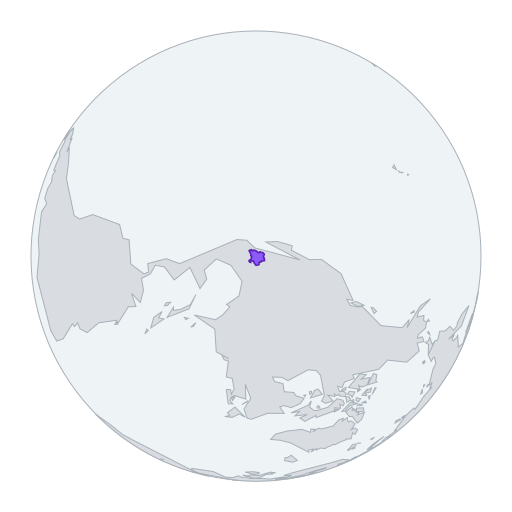 globe centered on Durango, rotated 143°
{"feature_id": "MEX-2710", "entity_name": "Durango", "entity_type": "State", "adm_level": 1, "iso_a3": "MEX", "parent_name": "Mexico", "parent_adm1": "", "projection": "orthographic", "projection_center": [-104.93, 24.579], "detail": "fine", "context": "on_globe", "style": "filled", "palette": "violet", "viewbox_px": 512, "rotation_deg": 143, "n_neighbors": 0, "source": "natural_earth", "source_scale": "10m", "svg_char_len": 11949}
<svg xmlns="http://www.w3.org/2000/svg" viewBox="0 0 512 512"><g transform="rotate(143 256 256)"><circle cx="256" cy="256" r="225" fill="#eef3f6" stroke="#a8b0b8"/><path d="M46.8,335.9L47.4,337.5L46.8,335.9ZM356.3,309.2L351.4,307.8L347.1,315.1L329.2,307.8L321.7,295.9L261.3,280.6L253.9,274.2L252.0,263.1L223.3,226.5L239.7,261.2L230.2,254.7L220.9,242.4L224.3,239.3L215.6,221.0L205.8,213.9L198.7,190.8L205.2,162.1L209.5,166.7L210.5,159.9L205.3,154.0L201.5,151.8L198.1,125.2L182.4,110.8L171.8,113.0L178.5,107.8L154.7,117.3L142.6,116.8L159.8,113.5L164.2,110.3L157.7,107.5L160.9,103.7L159.6,100.5L163.9,96.4L173.6,95.5L176.6,93.1L171.8,91.4L173.2,86.7L179.7,89.5L182.8,81.9L199.5,80.5L213.5,93.6L226.3,91.7L250.0,102.8L251.4,99.2L261.2,102.1L266.4,99.2L269.3,102.8L270.9,97.5L267.3,94.9L266.8,91.9L269.5,90.2L273.7,94.1L272.9,95.6L275.6,95.9L276.5,98.7L277.6,96.4L282.4,101.8L281.7,94.0L289.0,96.4L291.0,100.7L285.4,103.3L276.3,121.8L276.7,128.1L282.8,133.7L305.6,137.3L308.2,143.4L315.7,149.5L316.7,144.4L311.3,137.9L315.1,130.6L307.9,124.2L308.4,120.6L303.2,113.4L309.8,111.5L319.1,113.7L323.7,119.7L327.9,121.1L328.2,113.3L341.4,123.4L357.9,128.4L360.7,131.8L357.7,141.0L345.8,145.4L341.8,159.9L350.3,147.8L357.1,157.4L360.7,158.1L363.8,156.3L363.5,151.8L367.1,154.8L360.0,167.2L356.7,164.6L358.9,160.5L353.4,163.0L348.7,172.6L352.5,177.3L341.3,188.7L343.9,192.4L342.9,197.4L339.6,190.5L345.4,203.4L332.9,222.4L340.7,245.9L326.7,229.5L317.8,229.0L307.5,231.2L308.6,235.0L293.6,234.3L282.3,244.3L281.6,263.7L289.5,277.5L305.8,275.9L309.2,267.2L320.3,263.7L315.7,286.6L335.7,286.1L335.7,302.3L341.9,309.3L351.1,305.3L360.9,307.0L366.6,296.2L376.4,288.5L377.9,301.1L382.3,287.9L388.5,292.3L407.1,285.2L406.0,288.6L421.9,297.3L436.9,296.4L440.4,303.6L438.8,310.0L443.4,308.8L443.5,312.3L459.8,305.9L466.3,307.9L464.8,320.0L456.9,339.0L443.8,370.7L427.9,388.2L419.9,400.2L400.7,420.3L391.6,423.8L390.2,429.0L381.8,435.2L374.8,438.2L370.1,442.9L364.8,444.8L365.9,446.3L352.3,454.2L350.5,457.2L339.4,462.7L338.4,464.0L336.0,464.8L332.2,466.2L330.2,467.3L324.9,467.7L328.9,463.8L334.8,460.6L331.6,461.1L344.7,452.7L339.6,455.1L349.4,443.5L360.9,431.8L376.9,397.7L374.6,391.7L361.4,387.2L346.0,363.2L351.7,350.2L347.6,345.4L360.8,324.9L356.3,309.2ZM90.9,245.7L91.9,240.4L93.6,244.5L90.9,245.7ZM91.0,236.8L91.0,238.6L90.7,237.0L91.0,236.8ZM89.8,235.2L90.7,236.4L89.5,235.6L89.8,235.2ZM88.0,233.8L89.0,234.4L88.8,234.5L88.0,233.8ZM341.3,254.1L364.0,260.5L352.8,264.8L354.6,262.2L348.5,258.8L337.7,256.7L327.3,261.3L341.3,254.1ZM85.7,230.1L85.2,229.0L86.3,229.0L85.7,230.1ZM347.8,238.9L344.0,238.9L347.5,237.9L347.8,238.9ZM199.4,151.7L204.8,154.3L208.4,161.4L203.5,159.5L199.4,151.7ZM193.0,139.2L196.4,139.0L194.9,145.7L193.4,143.7L193.0,139.2ZM163.5,115.9L167.4,117.2L162.6,117.3L163.5,115.9ZM158.6,100.8L156.5,101.7L156.7,99.7L158.6,100.8ZM299.9,115.1L301.6,114.3L301.7,116.0L299.9,115.1ZM296.2,112.9L295.2,115.5L293.2,114.8L293.9,113.2L296.2,112.9ZM163.5,91.8L164.5,88.5L165.2,91.6L163.5,91.8ZM297.9,109.9L289.9,113.4L286.5,112.4L286.2,105.6L297.9,109.9ZM166.2,86.5L168.4,79.3L163.9,80.6L177.9,73.5L171.4,81.6L172.9,85.0L169.4,84.5L166.2,86.5ZM264.9,94.9L269.0,97.6L263.1,97.1L264.9,94.9ZM261.3,95.4L244.0,99.3L239.4,94.9L246.1,94.3L238.2,90.4L244.5,86.2L250.3,87.5L252.0,91.0L253.1,86.8L261.3,95.4ZM185.2,71.0L187.2,69.4L187.0,71.0L185.2,71.0ZM266.1,90.7L263.0,91.7L258.8,87.9L264.3,85.3L263.9,87.3L266.1,90.7ZM233.0,91.5L230.9,88.5L235.4,84.3L235.2,82.6L244.2,85.8L233.0,91.5ZM266.2,87.3L267.1,84.1L271.6,84.4L268.9,89.6L266.2,87.3ZM255.5,88.1L253.8,86.3L256.5,86.4L255.5,88.1ZM287.9,84.5L284.3,85.4L281.8,83.4L287.9,84.5ZM267.2,83.0L265.6,82.9L264.3,82.3L265.8,80.4L267.2,83.0ZM246.8,82.8L249.1,81.8L243.3,81.2L246.4,78.4L251.9,81.1L250.9,78.7L251.8,77.9L255.2,81.2L246.8,82.8ZM263.1,76.9L271.2,80.0L278.4,78.6L280.9,80.3L268.8,82.2L263.1,76.9ZM258.2,79.0L261.8,78.0L263.0,80.3L261.2,82.5L258.2,79.0ZM246.6,75.5L240.3,79.2L239.4,78.5L246.6,75.5ZM265.0,75.9L263.0,75.3L265.4,75.6L265.0,75.9ZM252.0,75.0L249.9,76.3L248.8,75.5L252.0,75.0ZM260.8,73.0L263.4,73.9L262.3,75.3L260.8,73.0ZM256.6,73.5L255.6,72.1L260.3,75.2L255.8,74.2L256.6,73.5ZM251.3,74.0L250.0,74.0L252.3,73.6L251.3,74.0ZM263.4,67.4L269.7,71.1L267.2,74.0L261.5,70.0L263.4,67.4ZM332.2,467.5L324.6,468.2L329.6,467.6L336.9,464.7L339.5,464.8L332.2,467.5ZM352.2,458.9L358.4,456.0L358.8,456.0L354.5,458.1L352.2,458.9ZM479.3,226.2L473.6,208.2L470.1,194.2L464.9,182.7L436.6,124.4L435.6,121.1L426.0,108.1L436.3,120.9L445.6,134.4L454.0,148.5L461.3,163.2L467.5,178.4L472.6,194.0L476.5,210.0L479.3,226.2ZM403.9,86.1L403.3,85.7L412.5,94.9L432.2,117.0L435.8,123.1L435.2,125.2L419.9,109.6L413.5,97.8L408.0,93.1L402.3,91.0L400.8,88.0L397.8,86.0L394.6,81.9L383.4,73.3L379.2,69.4L368.2,63.7L364.6,61.2L372.1,65.1L375.1,66.2L363.9,58.4L359.8,56.2L353.5,53.4L351.2,52.0L346.6,50.3L336.9,46.0L344.9,50.2L337.7,48.0L328.3,44.6L327.4,44.9L342.7,50.6L347.6,52.4L349.5,52.5L363.9,59.2L369.2,62.5L359.5,59.2L365.9,64.0L355.5,60.2L320.3,45.6L309.1,41.4L304.3,37.0L310.7,38.3L315.7,40.3L317.2,39.6L314.2,39.0L312.2,38.2L304.9,36.8L303.2,36.2L299.1,36.1L296.2,35.3L298.9,35.3L285.6,33.4L277.8,32.2L275.6,32.1L275.5,32.4L265.6,31.2L264.4,31.3L267.2,31.6L266.7,32.1L261.9,32.8L258.7,32.3L260.0,32.0L258.0,31.0L262.0,30.8L260.2,30.8L256.0,30.9L258.5,32.0L256.5,32.6L254.4,31.9L255.0,32.2L253.0,32.4L248.1,32.3L250.0,33.2L232.5,38.4L221.3,39.6L221.4,37.8L205.8,43.1L194.4,45.4L197.0,45.5L191.3,49.1L194.8,48.3L195.6,48.7L182.6,59.2L177.1,61.8L174.4,67.8L175.7,68.1L179.6,66.4L177.9,73.5L163.9,80.6L161.6,79.5L154.5,85.3L150.2,82.4L143.4,83.1L143.0,77.6L137.6,79.2L135.4,81.4L126.5,85.7L115.7,88.3L134.1,76.5L152.2,73.7L145.6,73.6L150.0,71.0L149.4,69.6L144.6,70.1L142.2,71.8L149.2,61.6L143.3,61.7L136.7,66.5L129.7,71.0L117.2,78.6L130.4,69.0L144.3,60.4L158.8,52.8L173.8,46.3L189.2,40.9L205.0,36.6L221.1,33.4L237.3,31.5L253.7,30.7L270.0,31.2L286.3,32.8L302.4,35.6L318.3,39.5L333.9,44.6L349.0,50.8L363.6,58.1L377.7,66.4L391.2,75.8L403.9,86.1ZM452.2,148.2L454.3,151.8L452.2,148.2ZM407.6,284.8L410.0,286.4L407.2,287.6L407.6,284.8ZM352.1,270.5L356.5,269.8L359.1,271.3L355.8,272.7L352.1,270.5ZM387.0,261.1L391.6,260.8L387.2,263.4L387.0,261.1ZM367.4,261.1L383.3,261.9L374.6,268.5L364.4,268.2L371.0,265.2L367.4,261.1ZM347.5,247.0L350.4,247.4L350.1,250.0L347.5,247.0ZM350.4,238.3L349.3,238.8L347.5,237.1L350.4,238.3ZM357.5,156.6L358.2,155.7L361.7,154.8L360.9,157.1L357.5,156.6ZM372.2,141.5L377.6,146.7L373.2,144.3L373.1,148.0L363.7,148.0L361.6,133.5L364.3,139.8L372.2,141.5ZM350.6,144.8L356.8,145.9L350.1,145.3L350.6,144.8ZM383.7,81.1L384.9,80.3L389.5,83.4L394.7,90.0L388.2,85.5L383.7,81.1ZM385.6,78.8L374.5,74.7L370.7,71.0L374.7,73.6L373.4,71.6L379.4,75.5L386.7,76.7L391.2,79.6L398.5,89.1L393.6,84.2L392.8,84.9L385.6,78.8ZM352.6,76.1L347.8,75.7L346.0,67.9L350.7,69.2L356.3,75.4L354.0,77.5L352.6,76.1ZM298.8,98.0L297.1,99.5L295.9,98.2L296.4,96.0L298.8,98.0ZM286.4,85.1L305.2,90.8L304.2,92.6L316.5,94.5L318.5,100.2L310.5,98.6L321.2,104.9L314.8,105.7L322.4,109.6L304.3,105.5L299.0,107.0L304.2,103.0L302.5,97.6L300.1,95.8L289.5,91.9L277.1,93.2L273.5,88.6L274.2,85.0L276.6,84.0L278.2,87.1L280.2,83.5L284.4,87.4L286.4,85.1ZM284.4,54.0L285.2,56.7L290.1,52.8L294.3,55.6L294.6,55.0L299.8,56.6L306.6,57.7L307.7,59.2L309.9,59.1L313.4,60.4L316.8,60.7L320.0,63.8L324.4,64.6L323.4,65.7L330.1,66.4L326.5,67.3L330.7,69.5L331.9,67.4L340.9,86.0L347.4,94.1L354.7,100.7L347.7,102.1L336.2,97.3L323.8,90.0L318.6,82.4L316.3,84.8L313.2,82.1L316.3,81.3L309.6,80.9L307.8,78.5L296.8,73.8L288.2,75.3L284.0,73.9L286.4,72.2L280.5,72.1L282.2,68.0L279.2,67.0L277.9,62.3L284.4,60.0L280.6,59.2L279.4,56.0L284.4,54.0ZM263.3,66.0L270.1,61.9L275.7,61.6L275.6,70.0L278.1,71.4L278.2,77.5L270.0,77.9L270.8,76.1L269.5,74.5L272.6,75.0L269.3,73.4L270.1,71.0L267.8,69.2L270.6,68.2L263.3,66.0ZM413.1,94.6L412.5,94.0L411.9,93.3L413.1,94.6ZM409.9,91.5L408.9,90.6L406.1,88.0L409.0,90.6L409.9,91.5ZM370.0,63.6L367.6,62.0L368.7,62.4L371.7,64.1L370.0,63.6ZM299.6,45.2L299.2,46.3L297.6,46.0L292.6,47.3L289.0,45.7L290.7,44.3L299.6,45.2ZM294.9,43.7L293.2,44.3L292.5,43.1L294.9,43.7ZM286.2,44.6L284.8,43.3L288.0,45.6L286.2,44.6ZM262.4,34.9L273.4,34.5L278.9,34.0L278.4,33.1L283.9,34.6L275.3,35.3L262.4,34.9ZM236.5,37.8L237.1,39.2L233.8,39.3L233.2,38.9L236.5,37.8ZM239.1,38.2L245.5,38.9L243.8,40.2L239.0,39.3L239.1,38.2ZM270.5,39.9L274.0,39.8L274.5,40.7L270.5,39.9ZM46.2,336.7L47.8,340.6L46.9,338.9L46.2,336.7ZM47.3,337.5L46.1,335.7L46.8,335.9L47.3,337.5ZM101.2,92.3L101.0,92.6L101.2,92.3ZM104.9,88.9L110.9,84.0L104.5,90.1L101.4,92.8L100.6,93.0L104.1,89.7L103.7,90.0L104.9,88.9ZM110.8,84.4L114.2,81.4L132.4,69.5L134.7,68.7L117.4,80.0L119.7,77.9L116.4,80.0L110.8,84.4ZM185.1,69.3L187.0,69.4L184.5,70.4L185.1,69.3ZM197.7,48.3L198.3,49.0L195.4,50.0L197.7,48.3ZM198.7,51.8L201.5,50.2L199.8,52.1L198.7,51.8ZM207.5,46.7L203.2,49.6L205.4,46.6L207.5,46.7Z" fill="#d9dde1" stroke="#a8b0b8" stroke-width="1"/><path d="M249.0,255.1L248.9,255.1L248.8,254.9L248.7,254.7L248.4,254.4L248.4,254.2L248.3,253.9L248.2,253.7L248.2,253.3L248.2,253.2L248.3,253.0L248.3,252.8L248.3,252.6L248.4,252.3L248.5,252.2L248.8,251.9L249.3,251.8L249.5,251.9L249.7,251.7L249.8,251.7L250.1,251.4L250.3,251.2L250.4,250.7L250.4,250.4L250.5,250.2L250.8,250.2L250.9,249.9L250.9,249.7L250.7,249.2L250.8,248.9L251.4,248.7L251.5,248.7L251.5,248.4L251.4,248.2L251.5,248.1L251.7,247.9L251.7,247.7L251.7,247.4L251.8,247.4L251.9,247.5L252.0,247.4L252.1,247.2L252.3,247.2L252.4,247.3L252.5,247.4L252.6,247.5L252.8,247.6L253.1,247.7L253.3,247.7L253.5,247.8L253.6,248.0L253.8,248.2L254.6,248.6L254.8,248.5L254.9,248.4L255.3,248.2L255.4,248.3L255.5,248.4L255.6,248.6L255.8,248.4L256.0,248.4L256.3,248.5L256.5,248.6L256.9,248.8L257.0,248.9L257.2,249.0L257.3,249.1L258.1,248.1L258.2,247.9L258.3,247.7L258.6,247.4L258.9,247.4L259.1,247.4L259.3,247.4L259.5,247.4L260.6,247.9L260.8,248.0L261.0,248.3L261.3,248.5L261.5,248.6L261.6,248.8L261.8,248.9L261.9,249.1L261.8,249.3L261.7,249.5L261.6,249.9L261.6,250.1L261.6,250.3L261.6,250.5L261.7,250.8L261.7,251.0L261.7,251.3L261.7,251.5L261.5,251.8L261.4,251.9L261.4,252.0L261.2,252.1L261.1,252.3L261.2,252.5L261.3,252.6L261.2,252.7L261.2,252.8L261.1,253.0L261.1,253.3L261.3,253.4L261.3,253.5L261.5,253.8L261.8,253.9L261.9,254.0L262.0,254.3L262.0,254.5L262.2,254.8L262.4,254.9L262.5,254.9L262.7,255.0L262.8,255.0L263.0,255.1L263.3,255.2L263.4,255.3L263.5,255.4L263.5,254.7L263.7,254.4L264.1,254.0L264.3,254.3L264.6,254.7L264.7,254.8L264.7,255.0L264.7,256.3L264.4,256.4L264.3,256.5L264.1,256.5L263.9,256.6L263.6,256.6L263.3,256.6L262.0,256.3L261.9,256.3L261.7,256.4L261.6,256.5L261.5,256.8L261.4,256.8L261.2,256.9L261.0,257.0L260.9,257.1L260.8,257.3L260.7,257.3L260.6,257.5L260.4,257.7L260.2,257.8L259.9,257.9L259.9,258.0L259.9,258.3L259.9,258.5L259.7,258.6L259.8,258.7L259.8,258.8L259.9,259.0L259.9,259.3L260.0,259.4L260.0,259.5L259.9,259.7L259.7,259.6L259.6,259.8L259.6,260.0L259.4,260.1L259.1,260.3L259.0,260.5L258.9,261.2L258.9,261.4L258.9,261.5L258.7,261.6L258.7,262.2L258.7,262.6L258.6,263.4L258.6,263.6L258.6,263.8L258.5,264.1L258.2,264.9L258.2,264.7L258.2,264.3L257.6,264.5L257.4,264.5L257.2,264.3L257.1,264.2L257.0,263.8L257.0,263.7L256.9,263.6L256.6,263.5L256.1,263.8L256.0,264.0L255.9,264.0L255.7,263.9L255.8,263.5L255.8,263.4L256.0,263.2L256.0,262.6L255.9,262.5L255.9,262.4L255.6,262.3L255.4,262.2L255.1,262.1L254.9,262.1L254.7,262.1L254.3,262.1L254.3,261.6L254.2,261.6L253.9,261.6L253.7,261.5L253.6,261.4L253.5,261.2L253.4,261.2L253.3,260.9L253.2,260.8L253.2,260.7L253.1,260.4L253.1,260.2L252.9,260.0L252.7,259.9L252.7,259.7L252.5,259.4L252.5,259.1L252.4,258.8L252.4,258.6L252.5,258.5L252.5,258.4L252.6,258.1L252.4,258.0L252.3,257.9L252.2,257.8L252.2,257.6L252.1,257.3L252.0,257.2L251.6,256.8L251.5,256.7L251.3,256.7L251.2,256.7L251.1,256.8L250.9,256.9L250.9,257.0L250.7,257.1L250.4,257.1L250.2,257.0L250.2,256.9L250.0,256.7L250.0,256.4L249.9,256.3L249.9,256.2L249.7,255.9L249.6,255.7L249.4,255.4L249.2,255.3L249.2,255.2L249.0,255.1Z" fill="#8b5cf6" stroke="#5b21b6" stroke-width="1.5"/></g></svg>